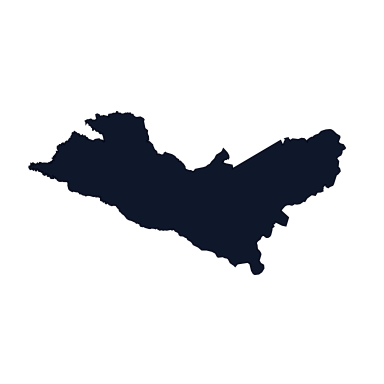 the district of Totoró, Cauca, Colombia, rotated 352°
{"feature_id": "7082276B94855321058702", "entity_name": "Totoró", "entity_type": "district", "adm_level": 2, "iso_a3": "COL", "parent_name": "Colombia", "parent_adm1": "Cauca", "projection": "mercator", "projection_center": [-76.469, 2.497], "detail": "fine", "context": "isolated", "style": "filled", "palette": "ink", "viewbox_px": 384, "rotation_deg": 352, "n_neighbors": 0, "source": "geoboundaries", "source_scale": "gbopen_adm2", "svg_char_len": 6004}
<svg xmlns="http://www.w3.org/2000/svg" viewBox="0 0 384 384"><g transform="rotate(352 192 192)"><path d="M198.3,251.2L203.8,253.4L206.9,255.7L208.3,259.5L209.1,260.0L213.5,260.1L215.6,261.5L217.7,262.1L218.9,263.4L220.2,267.3L223.6,270.4L224.4,271.6L226.5,269.6L227.7,269.3L237.6,269.2L239.6,271.4L240.2,278.1L241.5,281.3L242.7,282.2L246.7,282.3L249.9,280.6L252.4,277.5L252.5,274.4L249.9,272.4L248.7,269.3L251.3,263.5L251.3,262.4L250.4,260.1L248.9,258.2L248.6,257.1L248.8,253.6L248.4,252.0L248.8,250.7L250.2,249.4L252.8,248.0L254.2,245.7L255.7,244.7L257.3,244.8L258.5,246.4L259.5,247.2L261.2,247.3L262.8,246.5L263.8,245.3L265.6,240.9L266.0,238.8L268.2,237.4L267.4,236.0L267.4,235.3L269.4,234.5L270.5,232.9L276.7,237.2L280.2,238.5L283.8,230.7L277.3,222.9L278.6,221.3L281.9,218.5L284.1,217.7L286.7,217.8L289.2,218.8L290.8,218.2L291.4,217.5L294.3,218.4L297.3,218.3L301.3,216.3L302.4,216.9L304.7,214.0L309.6,211.3L310.3,211.1L313.6,212.3L315.9,209.4L319.4,209.7L321.7,209.1L321.6,207.6L322.1,206.8L322.2,205.2L324.6,203.2L325.4,203.4L325.8,205.3L327.5,206.5L329.0,205.6L332.2,204.8L333.1,203.6L337.1,195.2L339.1,194.2L341.5,191.9L341.2,189.3L339.9,187.5L341.3,182.0L339.9,179.5L340.0,178.3L342.0,176.9L344.5,175.9L345.7,174.0L346.3,171.4L349.3,170.4L349.9,169.7L348.4,166.4L345.5,165.1L343.8,163.3L343.8,162.3L345.9,158.5L345.9,157.3L342.9,154.9L340.0,151.2L338.3,149.9L337.1,149.6L333.3,149.4L328.5,150.2L325.5,152.6L322.3,153.1L320.4,153.9L320.1,154.8L317.9,154.7L316.0,155.4L313.8,156.8L313.1,158.4L310.5,155.0L307.9,154.3L304.6,155.1L299.1,153.6L296.4,154.9L294.7,152.5L294.7,151.9L292.9,152.0L291.6,152.2L291.9,152.6L291.7,153.8L290.7,155.0L289.8,157.0L289.0,157.6L288.0,157.7L286.8,153.5L235.4,174.8L235.3,171.1L229.3,169.0L226.8,167.6L226.3,166.8L227.2,166.3L227.4,165.2L229.5,164.2L230.6,164.4L231.7,163.4L232.6,164.0L233.2,162.9L233.2,160.9L232.1,158.1L229.1,153.7L227.8,155.9L226.4,157.0L221.5,159.1L219.3,162.4L216.0,164.9L213.8,167.3L211.8,167.8L209.6,169.2L206.9,169.7L198.5,170.2L197.2,171.8L195.4,172.1L193.8,170.8L192.2,170.7L188.9,168.9L188.2,167.5L188.4,166.1L187.1,163.1L186.4,162.8L185.8,161.4L184.5,159.9L183.8,159.9L183.1,159.4L183.0,158.1L180.9,156.5L179.9,154.6L177.2,152.4L171.9,150.0L171.2,149.2L169.9,149.8L169.6,151.0L169.0,151.3L167.0,151.4L164.5,150.0L162.6,149.8L162.5,147.3L161.8,146.2L161.0,145.7L160.0,143.5L159.9,142.3L159.4,141.6L159.4,139.8L156.7,136.4L154.8,136.0L154.4,135.1L154.5,134.8L156.1,134.4L156.4,130.8L155.7,128.5L155.7,127.1L156.3,125.0L154.0,122.6L153.6,114.9L154.4,113.7L153.8,112.6L151.2,110.7L147.7,110.8L146.0,110.1L144.5,108.5L144.2,107.1L142.3,106.7L141.7,105.3L140.4,105.5L139.1,104.9L138.2,105.2L137.0,104.8L135.9,105.3L134.0,105.4L132.7,105.0L131.7,104.0L130.9,104.2L129.4,103.4L129.4,102.4L128.7,102.1L128.1,103.1L127.2,103.7L124.9,103.3L123.8,103.8L120.6,103.7L120.1,104.5L120.5,105.9L119.9,106.1L114.9,104.1L114.4,104.6L113.2,104.3L111.6,104.5L111.0,104.0L110.7,102.7L109.0,101.7L107.7,102.1L107.8,104.5L108.4,105.8L106.3,107.7L104.2,107.3L103.5,107.7L102.6,106.3L101.9,105.9L99.6,106.3L98.4,106.1L96.3,106.9L96.8,108.0L96.7,109.3L97.6,108.2L98.0,108.8L98.8,108.8L99.7,110.6L99.6,111.4L100.9,112.0L101.8,114.0L102.7,114.5L102.4,116.8L102.9,116.8L103.7,115.7L104.6,116.0L105.8,118.3L107.3,118.6L108.4,119.7L108.9,119.7L108.8,120.6L109.2,121.2L111.6,121.7L112.3,125.1L112.4,129.6L111.4,129.9L110.7,128.6L108.2,127.7L107.4,126.6L103.4,126.7L101.7,127.8L99.6,127.3L99.0,126.5L98.3,126.4L96.6,125.6L96.4,125.0L95.2,124.6L95.8,124.1L95.7,123.7L94.2,123.0L93.8,121.6L91.8,121.7L91.4,120.5L90.6,121.0L88.6,120.8L88.6,119.4L87.6,118.6L87.3,118.7L87.5,119.2L87.1,119.1L85.4,117.1L84.4,117.1L84.6,116.5L83.9,115.9L82.9,117.4L82.1,116.8L81.8,117.0L81.4,118.9L80.1,120.2L79.7,121.9L79.1,122.2L78.6,122.0L77.5,123.0L76.8,124.8L75.2,124.3L73.8,125.0L72.0,127.3L71.5,127.0L71.3,125.8L70.7,125.7L69.8,126.1L69.2,127.3L67.5,126.8L66.5,127.8L65.2,128.1L64.8,129.9L65.5,132.4L65.1,133.7L63.6,133.2L63.6,134.6L62.2,135.7L62.0,136.5L61.1,136.7L61.3,137.7L60.8,137.4L60.5,138.2L59.9,137.9L59.8,138.8L58.7,139.1L59.6,140.0L59.5,141.4L58.6,141.2L58.1,142.1L57.2,142.3L56.9,143.8L56.3,143.7L56.0,142.8L55.4,143.1L55.0,143.8L54.3,143.2L53.6,143.8L49.3,142.9L48.1,143.1L45.5,141.7L45.2,141.8L44.5,143.4L43.0,142.0L42.0,142.9L41.3,142.8L40.9,143.2L39.4,142.0L38.8,142.7L38.8,141.4L38.3,141.2L37.6,141.5L37.2,142.4L36.5,141.7L36.2,143.7L34.4,144.0L34.7,144.7L34.1,145.2L35.0,147.1L36.7,146.8L38.0,148.0L38.4,146.8L39.6,147.5L39.7,148.3L40.5,149.3L41.1,149.0L41.8,147.8L43.3,148.8L43.1,149.6L43.4,150.1L44.8,150.4L45.9,151.4L46.1,151.1L45.5,150.4L46.8,151.2L47.1,153.7L48.0,154.0L48.1,154.7L48.7,154.5L49.4,153.5L49.9,154.6L50.8,153.9L51.5,154.0L51.8,154.6L51.3,156.2L51.9,156.4L53.1,156.0L54.3,158.8L57.0,159.2L57.3,158.6L56.9,157.2L58.8,158.5L59.0,159.6L60.2,160.3L60.5,161.4L61.9,162.7L64.0,163.1L65.2,162.9L66.0,163.5L70.1,164.2L70.5,164.9L70.5,166.0L71.0,166.6L70.2,167.8L70.6,171.9L71.5,173.2L73.6,174.8L74.8,174.4L77.4,175.5L79.0,175.7L80.3,176.9L80.7,178.0L81.9,178.1L83.9,179.7L85.2,179.9L86.3,180.9L87.8,180.5L90.2,180.9L93.9,182.6L96.2,182.5L96.4,183.4L97.4,183.2L98.3,183.6L99.0,183.3L99.5,184.1L100.8,184.4L100.5,187.5L101.3,188.0L102.0,187.9L102.9,189.5L104.4,189.1L105.0,189.3L104.7,190.7L105.1,191.4L105.7,191.5L106.8,190.5L108.4,192.9L110.8,194.2L111.8,193.9L114.9,194.5L116.4,197.4L117.5,198.4L117.6,200.0L118.1,201.3L119.1,202.0L120.0,203.6L121.9,205.3L124.2,209.3L125.9,210.6L128.0,211.4L132.1,214.0L132.6,215.0L133.9,215.0L136.3,216.7L136.1,218.0L136.5,218.6L138.3,219.3L139.5,219.2L140.7,220.3L144.6,222.0L145.8,222.2L146.8,221.8L149.9,222.6L150.8,223.2L151.9,222.7L153.1,223.0L153.4,223.4L153.2,223.9L154.8,225.1L157.0,224.9L158.1,225.7L159.8,225.5L161.8,226.1L165.7,225.8L167.0,226.7L168.3,226.0L169.6,227.2L170.1,228.3L172.4,229.7L173.4,231.1L173.5,232.5L174.4,233.5L177.3,234.1L179.1,235.7L180.6,236.3L181.4,238.5L184.2,240.6L185.4,242.3L186.1,244.2L190.8,247.3L193.7,250.6L198.3,251.2Z" fill="#0f172a" stroke="#020617" stroke-width="1.5"/></g></svg>